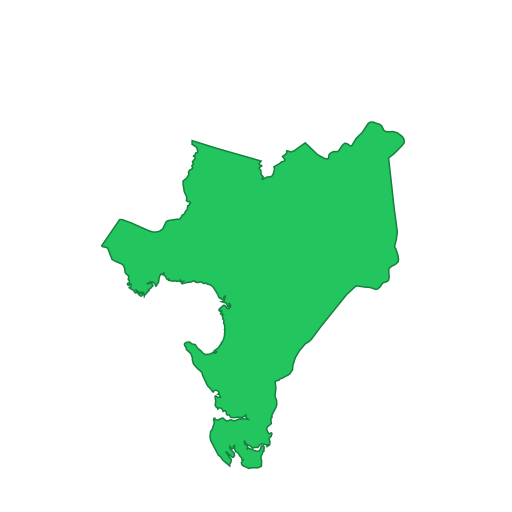 Metuge, Cabo Delgado, Mozambique, rotated 127°
{"feature_id": "85939544B43724113746926", "entity_name": "Metuge", "entity_type": "district", "adm_level": 2, "iso_a3": "MOZ", "parent_name": "Mozambique", "parent_adm1": "Cabo Delgado", "projection": "albers", "projection_center": [40.398, -12.923], "detail": "fine", "context": "isolated", "style": "filled", "palette": "green", "viewbox_px": 512, "rotation_deg": 127, "n_neighbors": 0, "source": "geoboundaries", "source_scale": "gbopen_adm2", "svg_char_len": 6154}
<svg xmlns="http://www.w3.org/2000/svg" viewBox="0 0 512 512"><g transform="rotate(127 256 256)"><path d="M202.3,376.5L205.3,374.3L204.9,369.7L205.5,367.9L207.8,365.3L209.1,365.0L210.0,366.2L212.0,365.4L213.2,366.1L214.0,365.9L213.7,364.7L214.2,363.3L218.9,363.5L220.5,361.3L222.7,361.5L223.6,359.8L224.4,359.4L227.7,360.8L229.5,360.5L230.9,359.0L232.8,358.5L235.7,358.3L240.0,359.4L242.9,357.1L247.8,352.0L250.7,346.6L253.6,345.0L253.7,343.1L252.5,341.9L253.0,340.2L254.3,340.6L255.6,340.0L257.1,340.8L260.1,338.9L262.4,339.2L266.0,338.6L267.9,339.6L270.0,339.0L273.0,339.3L273.9,341.0L280.4,347.3L282.3,348.4L290.7,346.8L294.5,348.1L297.3,350.5L299.0,353.1L300.5,357.5L304.7,375.7L307.5,384.9L308.9,386.8L340.8,385.4L340.8,383.8L339.3,381.0L339.0,379.1L345.3,369.1L344.9,365.4L343.2,358.3L343.4,356.0L345.1,353.3L347.7,350.9L348.4,349.0L348.7,345.5L351.8,343.8L351.7,342.5L353.5,341.1L354.2,341.1L354.8,342.0L356.0,341.7L356.3,340.6L355.6,339.6L353.9,339.4L353.7,338.8L356.0,337.3L357.2,338.4L357.7,338.3L357.2,332.8L358.2,330.4L357.2,329.3L356.0,329.7L355.3,332.3L355.4,327.4L352.8,324.0L355.4,321.0L353.2,321.5L351.9,320.9L349.7,321.2L348.4,320.6L347.7,320.7L347.7,321.6L344.5,320.6L341.5,320.5L341.2,321.8L340.2,323.2L340.9,324.0L343.0,325.1L343.5,326.0L343.6,326.9L342.7,325.6L340.7,325.1L339.0,323.1L339.1,320.2L340.3,317.7L339.8,317.6L336.6,318.2L336.1,317.8L331.1,320.5L328.7,321.1L327.6,321.0L327.2,319.4L324.5,319.8L326.7,318.2L326.7,316.3L328.1,313.2L328.1,312.6L326.8,311.4L328.0,311.0L325.7,306.5L324.2,305.6L324.1,304.3L322.6,302.7L322.0,301.0L320.7,301.8L321.0,299.6L320.2,298.9L322.4,299.3L322.7,298.7L322.2,297.8L319.6,296.0L315.5,291.9L313.7,291.2L313.4,290.1L312.8,289.8L313.3,288.8L312.9,287.7L312.1,286.2L310.2,285.0L309.4,283.0L309.7,281.9L308.9,280.5L307.6,279.5L307.8,277.8L306.6,275.5L306.5,272.5L307.2,269.8L310.1,262.5L311.3,261.1L311.5,259.7L310.7,259.0L311.3,258.1L310.6,256.2L309.1,255.8L308.8,256.7L307.9,256.9L305.7,256.3L307.8,256.0L310.7,254.3L313.2,256.1L311.5,251.2L313.2,248.4L313.2,247.2L312.8,247.0L311.5,247.6L309.7,249.5L310.7,246.4L311.6,245.9L313.4,245.8L314.9,246.5L315.1,247.5L314.2,251.1L314.9,252.3L320.9,253.5L321.8,252.5L321.8,251.1L321.5,250.7L320.5,251.0L320.3,250.6L321.0,249.9L323.4,249.6L323.6,249.2L322.5,248.8L322.6,246.9L323.9,247.4L325.0,245.4L326.2,244.9L326.5,243.0L329.2,241.4L329.9,239.7L332.8,237.2L333.7,237.0L333.7,236.3L335.1,235.6L335.8,234.6L337.0,234.5L337.9,233.6L340.9,232.2L344.7,231.1L345.7,231.7L346.9,230.7L347.6,231.1L352.2,230.8L357.0,232.4L357.8,231.1L356.0,229.9L356.5,229.6L358.0,229.9L358.8,231.0L358.8,232.4L360.4,232.9L362.8,234.4L365.3,237.5L365.5,240.8L364.9,241.9L364.7,247.6L363.3,251.1L364.8,254.3L364.6,257.3L366.4,259.2L368.5,260.3L369.5,260.2L370.8,258.4L370.9,257.1L372.6,255.2L373.2,249.3L375.4,245.8L377.4,244.2L380.0,240.7L381.2,234.3L381.1,231.8L381.6,230.8L381.3,229.3L383.1,227.4L388.7,216.8L389.8,210.7L390.6,209.3L390.2,208.1L388.9,208.5L387.2,207.2L386.8,205.4L387.1,203.9L388.0,202.9L389.4,203.3L388.8,201.5L390.3,199.2L392.0,202.0L391.9,204.0L392.8,204.2L396.7,200.4L399.7,198.9L400.5,197.2L400.5,195.5L401.3,194.4L399.3,193.9L398.6,192.5L398.8,190.5L400.0,188.7L398.2,187.6L398.4,185.9L400.3,184.2L400.2,183.1L399.1,181.6L400.1,179.0L398.6,176.5L395.8,173.7L394.1,170.8L392.7,169.5L389.0,168.4L389.2,168.0L390.6,168.2L391.2,163.9L393.6,168.1L396.1,170.6L396.4,171.5L400.6,173.9L401.5,175.7L401.7,177.2L405.5,180.2L405.4,185.2L410.2,188.0L411.2,190.2L410.3,191.3L410.9,191.9L412.5,191.2L413.7,189.4L416.5,188.0L419.0,187.5L420.2,186.7L423.4,186.7L428.3,183.8L430.7,181.0L437.7,166.2L437.7,163.4L439.0,159.5L439.5,150.6L438.0,151.8L436.0,151.8L433.3,153.3L432.8,154.9L433.0,156.5L431.8,157.0L431.9,158.2L430.7,161.9L430.2,161.7L431.0,155.3L430.8,153.4L430.3,152.9L428.3,153.0L426.5,154.9L425.7,160.2L424.3,162.2L423.6,162.4L424.5,160.6L424.1,158.6L422.9,158.5L421.4,159.6L420.3,159.1L422.8,157.1L424.4,154.7L424.1,151.9L425.6,148.0L425.9,145.9L427.3,144.4L426.6,143.7L429.7,143.4L430.9,142.2L431.4,140.4L429.9,133.7L427.8,132.1L423.7,126.7L420.5,125.2L416.2,128.2L413.8,131.1L408.2,132.5L406.6,132.3L406.2,133.3L404.8,133.6L403.2,135.1L403.1,136.0L404.0,136.9L405.4,137.2L406.5,136.5L409.7,136.0L411.6,138.0L414.0,146.0L414.6,146.6L415.5,146.8L415.1,147.3L413.8,147.1L413.6,148.0L412.6,149.2L413.0,151.2L411.7,153.4L410.0,153.8L411.9,152.1L411.8,148.3L411.2,146.6L411.6,143.1L410.1,142.2L407.7,139.3L405.1,139.4L402.6,138.3L400.7,135.2L400.7,134.0L401.6,132.4L400.3,132.1L399.6,133.0L399.1,132.7L399.2,131.7L398.7,131.4L396.0,132.9L394.2,135.6L392.7,135.8L390.9,135.3L388.1,136.5L388.1,137.5L389.7,138.3L390.2,139.1L388.1,143.2L385.9,144.1L380.7,142.9L376.8,146.4L374.9,146.1L374.6,147.0L372.7,147.7L365.4,148.8L362.4,149.8L359.2,152.4L356.5,156.5L349.7,160.5L344.9,165.0L343.7,164.8L341.3,162.9L339.3,162.9L338.2,161.7L330.3,158.1L325.0,158.3L321.3,160.7L313.2,163.5L305.1,164.3L296.7,163.8L292.5,162.2L289.3,161.6L272.9,161.7L232.3,160.4L220.8,158.3L219.0,157.3L215.6,150.8L212.6,146.2L210.6,140.3L209.2,139.0L205.9,138.3L201.5,138.6L197.5,136.0L195.4,135.6L192.7,136.9L187.4,141.6L185.3,142.2L182.8,141.6L178.4,139.5L175.1,139.0L172.8,140.2L170.0,143.1L166.3,148.3L165.2,151.0L158.4,153.8L151.7,157.6L134.8,174.3L97.9,209.1L91.4,207.3L80.1,205.8L76.8,205.7L74.7,207.0L73.3,208.9L72.5,211.4L72.6,217.6L74.6,222.2L76.5,224.0L78.6,227.6L78.7,229.6L76.5,233.7L76.3,236.1L78.8,243.5L80.0,245.1L82.5,246.2L93.2,245.5L101.8,246.8L110.5,245.9L111.3,247.0L111.5,251.0L112.7,253.1L115.9,253.6L123.1,253.3L126.4,257.3L129.9,258.7L131.2,258.6L134.4,256.9L135.3,257.1L136.9,260.1L138.0,267.9L136.0,284.8L149.5,289.0L151.9,290.8L153.3,294.7L154.1,294.6L154.8,293.7L156.2,293.5L160.6,294.8L161.6,290.9L162.5,290.3L163.9,290.9L165.3,292.3L167.8,292.7L174.0,295.4L175.6,293.4L180.3,291.6L182.5,291.4L184.0,292.1L186.2,294.6L191.0,297.1L190.4,297.7L188.4,297.9L187.8,301.0L184.9,303.3L184.1,306.3L182.9,306.5L180.9,305.5L180.4,305.8L181.0,308.2L180.4,309.1L177.1,309.1L194.0,353.1L202.3,376.5ZM357.0,323.4L355.2,323.3L354.4,324.6L356.0,327.2L355.7,328.8L356.5,328.5L357.2,327.0L357.5,324.2L357.0,323.4Z" fill="#22c55e" stroke="#15803d" stroke-width="1.5"/></g></svg>